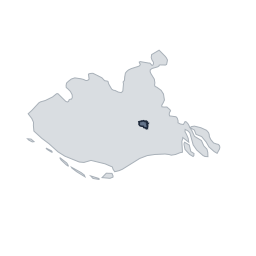 Vijfheerenlanden, Zuid-Holland, Netherlands (highlighted), rotated 224°
{"feature_id": "6326949B1292857189709", "entity_name": "Vijfheerenlanden", "entity_type": "district", "adm_level": 2, "iso_a3": "NLD", "parent_name": "Netherlands", "parent_adm1": "Zuid-Holland", "projection": "robinson", "projection_center": [5.057, 51.93], "detail": "fine", "context": "in_parent", "style": "filled", "palette": "slate", "viewbox_px": 256, "rotation_deg": 224, "n_neighbors": 0, "source": "geoboundaries", "source_scale": "gbopen_adm2", "svg_char_len": 4714}
<svg xmlns="http://www.w3.org/2000/svg" viewBox="0 0 256 256"><g transform="rotate(224 128 128)"><path d="M159.7,205.6L155.3,205.5L151.2,205.4L149.1,205.1L146.8,204.3L145.7,202.6L144.4,200.5L144.8,199.3L148.6,195.8L149.2,194.8L148.8,194.3L149.1,192.7L152.1,187.4L152.4,185.3L151.1,183.8L149.2,183.0L143.0,181.4L140.1,179.2L138.7,177.3L137.4,176.7L135.4,177.4L130.3,178.1L126.1,177.1L121.2,173.4L120.1,170.2L119.5,167.7L118.3,166.8L116.6,168.1L114.6,170.1L110.5,170.3L109.3,169.9L109.1,168.8L108.8,167.7L107.7,166.3L106.5,165.6L101.3,169.4L99.4,169.3L96.9,167.9L95.7,166.5L93.0,167.3L90.6,169.0L91.4,172.3L90.1,172.9L87.2,172.6L83.8,171.3L80.1,170.4L74.4,168.2L66.5,170.0L61.1,167.8L56.5,167.6L53.7,165.9L50.6,162.9L52.8,161.0L54.9,160.3L63.3,159.9L69.3,161.1L80.2,167.5L83.0,167.5L85.9,166.7L84.4,164.9L81.7,164.1L77.6,162.4L74.4,160.0L82.0,159.2L81.0,157.9L80.0,155.8L72.0,148.4L73.4,146.4L75.4,142.0L78.0,138.5L80.0,137.5L83.3,135.0L90.4,127.5L95.0,121.5L98.4,114.3L103.4,94.4L104.8,91.1L107.2,87.3L110.2,88.0L112.2,89.1L119.6,86.3L132.1,79.0L135.8,72.6L139.4,69.7L153.8,63.9L161.8,62.2L174.0,61.8L182.9,60.7L193.5,60.4L197.6,63.9L200.0,66.5L203.8,68.0L209.7,68.9L209.4,74.1L209.6,84.2L209.1,86.0L206.6,90.3L203.8,98.0L203.2,103.0L202.3,104.0L191.1,103.9L189.5,104.8L189.3,105.9L189.9,107.2L189.6,108.5L188.7,109.5L189.2,111.2L191.2,113.1L194.8,114.3L198.6,114.4L200.5,114.2L202.0,115.5L203.4,117.6L203.3,120.3L202.8,123.8L201.1,127.1L195.9,130.8L193.6,132.1L191.4,132.8L190.4,133.8L189.9,135.1L190.0,136.2L193.8,139.2L193.7,139.9L192.6,141.5L191.2,143.0L181.7,146.0L177.7,145.8L175.5,147.3L174.8,147.6L172.3,146.2L166.7,144.6L164.6,145.1L163.4,146.0L159.9,147.1L157.4,148.8L157.4,151.0L161.9,156.6L163.5,157.7L163.6,159.8L165.8,162.4L168.0,165.7L168.2,167.8L168.0,170.0L166.9,173.0L163.1,180.0L163.0,181.4L163.4,182.4L164.7,182.7L165.7,183.2L165.4,184.2L158.2,189.1L157.3,189.9L154.2,189.7L153.8,190.5L154.2,191.8L155.4,193.0L158.0,193.6L160.2,194.8L162.0,197.2L159.7,205.6ZM83.8,171.3L83.2,173.3L81.5,175.5L75.8,178.8L69.9,180.9L66.8,180.6L64.8,179.5L63.6,178.4L60.5,177.2L56.1,176.7L53.4,177.9L51.5,179.0L49.8,178.8L48.5,177.9L47.6,176.4L46.3,171.7L49.6,170.9L56.6,170.6L62.0,172.2L69.1,173.0L74.6,170.7L78.9,172.6L83.8,171.3ZM72.1,152.2L76.3,155.1L77.1,156.1L77.4,157.1L72.1,158.3L66.5,154.7L62.8,155.5L61.4,153.8L61.4,152.7L65.3,151.8L72.1,152.2ZM112.2,80.4L108.0,84.2L105.4,83.1L104.7,82.2L106.0,79.3L112.2,74.3L112.2,80.4ZM130.7,63.4L126.8,63.8L125.0,63.0L134.5,60.9L140.5,60.2L141.5,60.5L130.7,63.4ZM156.1,59.4L147.8,60.3L145.0,59.6L144.6,59.0L146.8,58.6L153.9,58.5L156.1,59.1L156.1,59.4ZM121.6,67.6L113.8,71.5L113.1,70.9L118.1,67.4L121.6,67.6ZM190.0,52.7L186.1,52.9L187.2,51.5L190.8,50.4L192.8,50.4L190.0,52.7ZM173.1,56.6L167.2,58.4L165.8,58.1L166.2,57.5L171.3,56.4L173.1,56.6Z" fill="#d9dde1" stroke="#a8b0b8" stroke-width="1"/><path d="M124.6,139.9L124.4,139.8L124.2,139.8L123.8,139.7L123.7,139.7L123.4,139.6L123.3,139.4L123.2,139.4L123.1,139.1L123.1,138.9L123.0,138.7L122.9,138.5L122.9,138.4L122.7,138.3L122.4,138.3L122.1,138.2L121.9,138.1L121.7,138.0L121.4,138.0L121.2,138.0L120.9,138.0L120.7,138.1L120.4,138.2L120.3,138.3L120.2,138.3L119.8,138.5L119.6,138.7L119.4,138.8L119.2,138.9L119.1,139.0L118.9,139.1L118.7,139.3L118.6,139.5L118.4,139.8L118.2,139.8L117.9,139.8L117.7,139.7L117.4,139.5L117.3,139.4L117.1,139.3L116.9,139.3L116.7,139.4L116.5,139.5L116.4,139.6L116.2,139.8L116.0,140.0L115.9,140.1L115.6,140.3L115.4,140.3L115.2,140.3L115.0,140.2L114.9,140.2L114.6,140.1L114.4,140.1L114.2,140.2L114.2,140.3L114.0,140.5L113.8,140.8L114.0,140.8L114.1,141.0L114.2,141.3L114.4,142.0L114.5,141.9L114.7,141.7L114.8,141.9L114.9,142.0L115.0,142.4L115.1,142.7L115.2,142.8L115.3,142.7L115.4,142.8L115.5,142.8L115.4,142.8L115.4,143.0L115.5,143.0L115.8,143.1L115.8,143.5L116.5,143.5L116.6,143.4L116.8,143.5L116.8,143.8L116.8,144.0L116.9,144.3L116.9,144.5L116.7,144.8L116.8,144.8L116.8,145.0L116.9,144.9L117.0,144.9L118.0,144.6L118.0,144.8L117.9,144.9L117.9,145.0L118.0,145.0L117.9,145.1L117.9,145.3L118.0,145.3L118.1,145.5L118.1,145.8L118.3,145.8L118.5,145.8L118.8,145.7L119.0,145.8L119.4,145.8L119.5,145.8L119.6,145.7L119.4,145.5L119.3,145.4L119.2,145.4L119.2,145.2L119.3,145.0L119.5,145.0L119.6,144.9L119.8,144.9L120.0,144.9L120.4,144.9L120.5,144.8L120.5,144.7L120.7,144.4L120.7,144.2L120.8,144.2L121.0,144.1L121.3,144.2L121.5,144.1L121.8,144.2L122.0,144.0L122.0,143.9L122.0,143.7L121.9,143.7L122.0,143.6L122.5,142.9L122.6,142.7L122.7,142.8L122.8,142.8L122.8,142.7L122.7,142.6L122.9,142.3L123.0,142.3L123.0,142.2L123.3,142.0L123.3,141.9L123.3,141.7L123.5,141.6L123.6,141.4L123.8,141.2L124.0,140.8L124.2,140.6L124.3,140.4L124.6,140.0L124.6,139.9Z" fill="#64748b" stroke="#1e293b" stroke-width="1.5"/></g></svg>